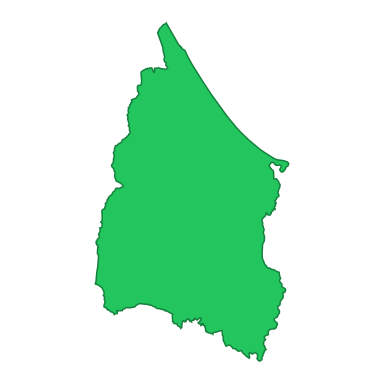 Chana, Songkhla, Thailand
{"feature_id": "78962969B24308804777552", "entity_name": "Chana", "entity_type": "district", "adm_level": 2, "iso_a3": "THA", "parent_name": "Thailand", "parent_adm1": "Songkhla", "projection": "natural_earth1", "projection_center": [100.698, 6.919], "detail": "fine", "context": "isolated", "style": "filled", "palette": "green", "viewbox_px": 384, "rotation_deg": 0, "n_neighbors": 0, "source": "geoboundaries", "source_scale": "gbopen_adm2", "svg_char_len": 6040}
<svg xmlns="http://www.w3.org/2000/svg" viewBox="0 0 384 384"><path d="M287.4,161.9L283.4,160.6L276.7,159.7L273.7,158.3L264.7,152.6L259.9,149.3L248.2,139.5L241.7,133.2L236.8,128.0L227.1,116.3L211.4,94.6L203.6,82.8L192.3,64.9L187.7,56.5L185.2,51.0L184.3,49.9L183.4,49.8L183.0,49.2L182.3,49.1L181.9,48.6L181.9,48.0L181.1,47.5L181.0,46.8L180.3,46.6L179.9,45.6L179.3,45.5L178.9,45.1L166.2,23.0L165.8,23.6L163.0,25.0L161.6,26.8L159.8,28.4L157.6,32.8L162.7,47.1L163.2,51.0L164.7,57.2L164.0,59.1L164.1,60.5L164.9,62.1L165.7,62.4L166.2,63.0L165.8,65.2L167.6,67.0L167.6,67.7L166.2,69.3L164.5,69.2L163.8,68.8L162.6,69.0L158.6,67.9L154.5,68.4L154.6,71.4L154.4,72.3L153.4,71.8L151.8,68.0L149.7,67.9L148.9,68.6L148.1,68.6L147.8,68.9L147.4,68.3L145.4,69.2L142.7,70.7L141.4,71.8L141.1,72.5L141.1,75.0L141.7,80.6L141.3,84.0L140.8,85.1L138.0,85.5L137.4,86.5L137.6,91.3L138.8,92.7L138.8,94.3L136.0,98.1L131.5,99.8L131.8,102.2L130.9,102.8L130.5,104.1L129.7,105.0L130.0,106.1L128.3,107.7L128.6,108.7L128.1,110.5L128.6,112.7L127.1,115.3L128.0,116.8L127.7,118.7L128.0,120.5L128.7,122.7L129.2,123.5L128.3,125.8L129.5,127.2L129.5,130.7L130.4,132.2L129.7,133.4L128.8,134.1L128.5,135.4L127.2,136.2L126.7,137.3L125.6,137.7L125.0,138.6L122.3,139.8L121.9,141.4L120.5,143.1L119.1,143.3L118.4,144.2L117.4,144.7L117.0,145.7L115.4,145.8L115.2,147.1L114.4,148.8L114.6,150.6L113.4,152.7L114.3,156.1L113.7,157.9L113.2,162.7L111.7,164.9L111.5,166.1L113.4,168.4L114.0,169.7L114.1,170.9L115.1,172.2L114.6,176.6L116.2,181.0L121.0,183.4L123.3,185.9L122.7,187.1L120.8,187.5L119.4,188.6L117.3,188.1L115.8,188.5L114.8,190.8L113.0,192.1L111.6,194.8L109.4,196.3L108.2,198.1L108.2,199.0L107.2,199.6L107.0,201.9L105.3,203.5L105.7,205.3L104.8,207.4L104.7,208.5L102.5,209.7L101.9,210.7L102.2,218.3L102.0,221.0L101.7,221.6L100.9,221.8L101.1,222.5L102.3,223.7L102.0,225.3L102.2,226.8L101.7,227.3L99.7,228.0L100.3,230.7L98.6,234.3L98.9,235.6L99.4,236.3L99.3,237.2L98.8,238.1L97.3,239.3L97.1,240.5L96.1,241.5L96.2,242.1L96.7,242.7L96.2,243.0L96.4,244.2L96.7,244.8L97.5,244.9L98.0,246.4L97.8,246.9L98.4,247.2L97.8,248.0L97.6,248.8L97.4,253.5L98.3,255.0L98.5,257.0L97.7,266.7L96.6,273.6L96.1,281.0L95.3,283.9L98.6,285.2L102.0,287.8L103.9,291.5L104.2,293.8L103.3,295.4L104.6,297.0L104.2,299.2L105.1,301.4L103.9,305.8L104.1,307.0L106.3,308.0L106.8,308.9L107.9,310.0L109.6,310.5L110.6,311.7L112.9,312.4L113.7,313.2L114.2,314.5L115.0,313.8L117.3,313.5L117.2,312.0L116.7,310.7L116.9,310.4L118.7,311.0L119.5,310.6L120.6,310.8L121.5,310.5L122.2,310.7L123.0,309.2L124.7,308.7L126.2,307.5L129.5,307.8L134.6,307.0L136.2,305.3L139.3,303.6L148.7,304.5L148.8,304.9L149.4,305.1L151.2,305.2L153.5,306.5L154.9,306.8L155.5,307.5L156.1,307.7L156.9,308.5L158.5,308.5L164.2,310.0L165.0,309.9L165.0,310.8L166.6,311.0L168.1,311.7L172.7,314.3L172.3,316.3L172.6,319.6L172.5,321.5L173.6,322.0L173.5,323.2L173.9,323.4L177.2,324.0L177.5,325.5L180.4,327.3L180.8,328.4L181.8,327.4L181.7,326.6L181.9,325.6L181.6,324.7L182.1,323.9L182.1,323.3L182.5,322.4L182.5,321.4L182.8,321.1L183.6,320.7L184.7,321.8L185.2,321.4L185.9,321.6L185.8,320.4L187.2,319.5L187.3,319.1L187.6,319.1L187.9,318.8L188.6,319.8L189.2,319.7L189.4,320.1L189.8,320.1L189.9,321.3L190.5,321.2L191.6,322.0L191.6,321.0L192.4,320.4L193.7,320.3L193.9,318.8L194.3,318.5L194.8,318.5L194.9,319.0L195.5,318.6L195.8,319.4L197.0,320.0L198.4,319.1L199.2,318.2L200.8,317.9L200.8,318.4L200.4,318.6L201.0,319.6L200.8,320.3L200.1,320.6L199.6,321.9L198.6,322.6L198.2,322.5L198.2,322.8L199.2,323.9L200.9,324.1L201.2,324.6L200.9,325.2L201.0,325.6L201.8,325.1L202.0,323.8L203.1,323.5L203.5,325.2L204.9,325.9L204.7,326.7L205.2,327.2L205.6,330.3L206.0,330.4L205.9,331.1L206.5,331.2L206.6,332.0L210.3,333.4L211.5,333.3L212.9,334.3L213.1,333.3L214.1,332.3L216.1,332.1L221.0,330.6L222.2,330.9L222.3,334.8L223.3,336.8L223.2,339.1L223.5,341.2L224.7,342.9L225.1,344.5L226.1,346.2L228.4,345.2L229.6,345.1L231.4,346.4L233.1,348.6L235.2,348.7L238.0,351.1L238.7,351.2L241.4,350.6L242.8,352.9L247.0,356.8L249.3,358.2L249.6,357.8L249.2,354.3L249.6,352.6L252.4,354.1L253.8,353.0L255.7,352.9L256.8,353.7L257.5,354.9L257.6,356.5L257.0,358.6L258.5,360.7L259.6,361.0L261.4,360.2L262.1,359.0L261.8,357.5L263.0,355.5L263.0,353.6L263.8,353.2L264.3,351.5L265.7,349.6L266.0,349.5L265.3,348.8L264.9,346.7L263.5,344.5L263.8,341.3L264.8,340.6L265.5,339.5L264.4,337.9L264.3,336.8L266.2,335.2L267.8,335.0L268.4,334.4L268.5,333.8L268.1,332.3L268.2,331.2L268.6,330.7L270.8,329.1L274.1,328.9L275.2,328.6L276.2,327.5L276.4,326.3L277.4,324.6L277.3,323.4L276.7,322.5L275.1,321.4L274.5,320.5L274.1,319.3L275.3,317.9L277.1,317.2L278.5,314.2L279.4,313.0L279.4,310.5L278.0,309.0L277.7,306.3L277.9,305.9L279.1,305.6L279.9,305.0L280.4,301.1L282.9,298.0L283.2,297.1L283.0,292.7L284.9,292.1L285.6,290.1L285.5,289.3L285.0,288.6L282.1,286.9L281.8,285.8L281.9,284.1L279.6,281.4L279.6,279.9L280.6,278.5L279.7,276.2L279.1,272.3L276.6,271.4L273.5,269.5L272.2,269.7L269.5,268.0L268.0,268.2L264.3,263.5L264.0,262.1L262.8,259.7L262.4,258.1L262.1,254.4L262.6,244.2L264.3,240.9L264.5,236.9L264.5,236.2L263.9,235.4L263.9,234.5L263.4,233.1L263.4,231.9L264.1,229.9L263.9,228.7L263.1,227.2L263.2,226.2L262.5,225.1L262.7,223.1L262.5,222.1L261.9,221.4L262.2,219.3L262.8,218.3L265.6,215.6L266.1,213.4L266.4,213.7L267.0,213.0L267.2,214.1L268.1,215.0L270.0,215.1L271.2,213.5L270.8,212.7L271.5,212.1L272.0,211.1L273.0,210.8L272.9,210.4L274.1,208.3L274.4,208.4L274.5,209.5L275.0,209.6L275.1,209.0L274.5,207.5L274.4,206.8L275.6,205.6L275.1,203.9L276.0,203.6L276.2,203.1L274.7,200.8L275.9,199.9L277.0,197.6L278.5,196.6L278.9,195.8L278.8,194.6L278.2,193.8L277.9,192.7L278.6,189.9L279.9,186.8L280.0,184.3L279.3,183.9L278.5,181.5L276.4,178.8L275.7,178.8L274.7,179.3L273.9,178.7L273.5,171.4L273.0,170.4L271.6,169.3L270.0,167.2L269.3,165.9L269.5,164.8L271.2,162.7L272.7,162.4L273.7,162.7L275.1,164.6L276.1,165.2L277.0,165.4L279.6,165.1L280.6,165.5L281.2,166.2L281.3,166.9L279.9,169.0L279.9,170.3L280.8,171.6L282.6,172.1L283.1,171.8L285.1,169.5L286.0,167.2L288.0,165.9L288.7,163.5L287.4,161.9Z" fill="#22c55e" stroke="#15803d" stroke-width="1.5"/></svg>